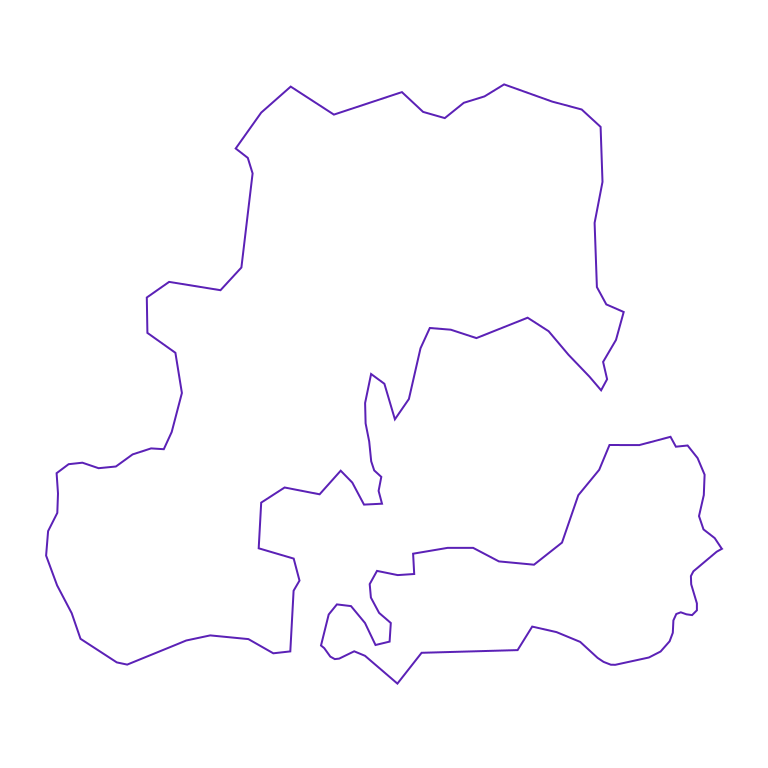 an SVG outline of Csongrád
{"feature_id": "HUN-3172", "entity_name": "Csongrád", "entity_type": "County", "adm_level": 1, "iso_a3": "HUN", "parent_name": "Hungary", "parent_adm1": "", "projection": "albers", "projection_center": [20.284, 46.456], "detail": "fine", "context": "isolated", "style": "outline", "palette": "violet", "viewbox_px": 768, "rotation_deg": 0, "n_neighbors": 0, "source": "natural_earth", "source_scale": "10m", "svg_char_len": 1961}
<svg xmlns="http://www.w3.org/2000/svg" viewBox="0 0 768 768"><path d="M127.2,664.6L116.8,662.4L80.5,638.8L71.7,613.2L57.1,585.4L46.1,555.6L48.1,531.1L57.3,512.9L58.0,493.5L56.6,473.2L68.6,464.2L82.4,462.7L98.6,468.2L115.9,466.5L132.6,454.4L151.1,448.4L163.8,449.2L171.7,432.0L181.9,393.0L175.4,352.8L147.4,332.9L146.8,297.5L169.1,281.9L220.5,290.2L241.4,267.5L252.6,173.4L247.8,157.9L235.7,148.5L261.2,112.6L290.7,86.6L333.9,114.6L401.9,92.1L423.1,111.9L444.8,118.1L463.8,102.8L484.5,96.4L504.1,84.4L552.2,101.6L581.7,109.5L600.6,126.9L602.5,181.9L594.6,222.9L596.9,287.1L606.3,304.4L623.7,312.0L616.0,339.9L603.1,361.9L607.1,379.2L601.1,390.3L589.5,376.7L568.5,354.8L548.6,331.2L527.6,317.7L476.4,338.1L450.8,329.7L429.8,328.0L420.5,348.3L408.9,399.0L394.9,419.3L384.4,383.8L371.1,374.0L365.1,403.0L365.6,423.4L369.2,441.5L371.2,461.3L374.2,470.4L381.3,476.9L378.6,490.9L382.0,503.7L364.0,504.6L352.3,482.6L340.7,470.7L319.6,494.3L284.6,487.5L261.2,502.6L258.7,548.3L293.7,558.6L299.5,580.6L293.6,590.7L290.3,651.4L273.3,653.3L248.4,639.1L210.2,635.4L186.2,640.5L177.0,644.3L127.2,664.6ZM721.9,548.8L716.7,551.7L693.4,571.3L690.9,576.1L691.2,584.3L696.9,603.4L696.9,610.3L692.1,615.1L686.4,614.3L680.8,612.3L676.3,614.0L673.4,620.4L672.9,630.9L672.8,632.8L669.6,641.3L660.6,651.5L648.9,657.5L615.3,664.8L610.8,664.7L603.6,661.9L597.6,657.9L580.2,641.9L556.5,632.1L532.2,626.6L517.6,650.1L421.6,652.8L397.4,683.6L365.0,655.8L354.2,651.3L339.2,658.6L334.8,659.1L330.3,656.6L324.2,648.1L321.0,645.5L328.7,614.5L336.9,604.4L351.0,606.1L365.0,623.0L375.5,645.0L389.6,641.6L390.8,623.0L379.1,612.9L370.9,597.6L369.7,584.1L377.0,570.9L397.7,575.1L414.2,574.0L413.1,553.7L447.4,547.9L473.2,547.9L498.9,561.4L534.0,564.7L562.0,542.6L578.3,495.2L599.2,469.8L609.5,445.0L639.2,445.1L670.5,436.8L675.9,446.7L687.6,445.5L697.6,458.1L704.6,474.7L703.8,495.1L699.0,516.1L703.5,529.4L714.7,538.1L721.7,548.6L721.9,548.8Z" fill="none" stroke="#5b21b6" stroke-width="2"/></svg>